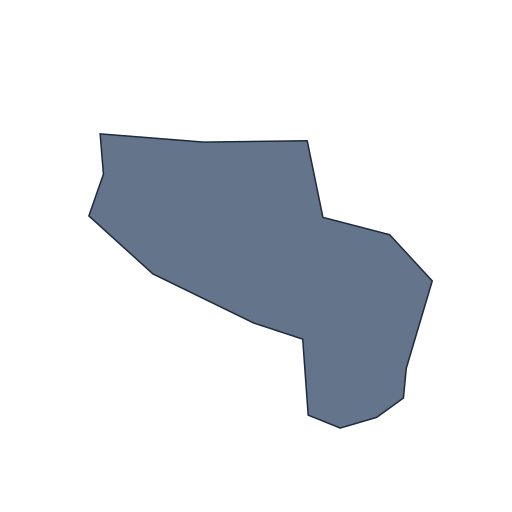 SVG path tracing the border of Bălţi, rotated 23°
{"feature_id": "MDA-1618", "entity_name": "Bălţi", "entity_type": "City", "adm_level": 1, "iso_a3": "MDA", "parent_name": "Moldova", "parent_adm1": "", "projection": "natural_earth1", "projection_center": [27.968, 47.763], "detail": "fine", "context": "isolated", "style": "filled", "palette": "slate", "viewbox_px": 512, "rotation_deg": 23, "n_neighbors": 0, "source": "natural_earth", "source_scale": "10m", "svg_char_len": 371}
<svg xmlns="http://www.w3.org/2000/svg" viewBox="0 0 512 512"><g transform="rotate(23 256 256)"><path d="M258.1,129.9L302.5,194.3L370.7,184.2L428.0,210.1L438.2,300.6L447.2,329.1L430.2,357.3L400.7,381.5L366.2,382.1L331.5,314.3L280.0,318.6L168.1,312.8L86.5,284.4L83.6,240.3L64.8,204.5L163.1,171.7L258.1,129.9Z" fill="#64748b" stroke="#1e293b" stroke-width="1.5"/></g></svg>